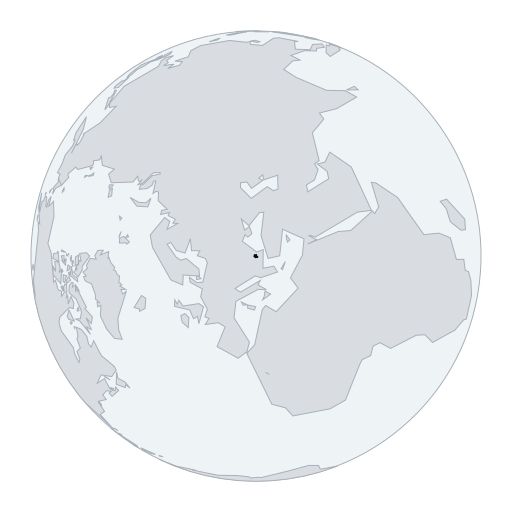 the Earth from above Sliven, rotated 280°
{"feature_id": "BGR-2231", "entity_name": "Sliven", "entity_type": "Province", "adm_level": 1, "iso_a3": "BGR", "parent_name": "Bulgaria", "parent_adm1": "", "projection": "orthographic", "projection_center": [26.271, 42.597], "detail": "fine", "context": "on_globe", "style": "filled", "palette": "ink", "viewbox_px": 512, "rotation_deg": 280, "n_neighbors": 0, "source": "natural_earth", "source_scale": "10m", "svg_char_len": 11250}
<svg xmlns="http://www.w3.org/2000/svg" viewBox="0 0 512 512"><g transform="rotate(280 256 256)"><circle cx="256" cy="256" r="225" fill="#eef3f6" stroke="#a8b0b8"/><path d="M176.2,45.3L183.1,43.5L176.7,45.7L180.1,45.0L188.4,42.5L193.0,41.1L216.0,39.3L243.4,37.4L251.9,35.5L250.1,37.4L266.3,33.5L281.1,34.0L264.4,34.5L262.7,35.4L272.8,35.9L273.2,37.0L278.3,38.1L277.9,39.6L268.2,40.4L267.8,41.5L274.9,41.9L279.1,44.0L268.6,43.2L274.7,47.1L259.6,50.2L232.0,48.9L223.5,53.8L194.9,61.3L197.4,62.7L188.2,67.1L187.7,70.5L182.6,71.5L186.7,73.5L191.5,72.0L194.9,72.5L195.0,74.5L188.5,75.9L187.4,75.1L185.6,76.6L182.2,76.5L184.0,77.7L176.0,79.4L184.1,80.8L177.8,84.9L172.5,85.2L172.9,81.1L161.6,73.4L156.4,73.5L148.5,77.2L133.9,92.2L128.2,94.3L120.5,100.1L123.6,100.5L130.8,96.3L134.9,99.0L143.2,94.0L146.0,94.6L154.6,91.6L153.4,96.6L147.6,103.3L140.4,106.3L137.6,109.5L144.5,110.8L131.2,120.8L122.6,135.7L119.1,138.2L112.2,134.8L112.0,124.0L103.1,121.7L108.9,128.1L100.2,134.9L98.8,138.3L99.3,141.0L102.6,140.5L99.7,144.1L92.8,138.6L95.4,135.2L97.5,136.8L97.4,132.1L92.7,129.3L88.6,133.4L85.8,126.5L82.9,129.5L80.7,130.0L85.5,125.5L76.7,133.8L72.8,130.1L60.7,145.8L72.5,128.1L76.7,121.4L80.7,115.2L78.7,117.5L86.8,107.3L87.3,106.7L99.9,93.6L113.5,81.5L128.0,70.6L143.4,60.9L159.5,52.4L176.2,45.3ZM38.9,195.9L38.2,199.5L35.7,209.0L37.1,204.9L35.2,214.0L34.8,230.0L34.2,230.9L33.4,256.1L36.6,276.5L37.3,287.2L36.5,289.7L38.5,296.4L38.6,299.4L50.1,325.6L58.9,344.2L60.6,354.0L57.2,356.4L63.3,372.7L62.8,371.9L54.8,357.4L47.9,342.3L42.1,326.7L37.5,310.8L34.0,294.6L31.8,278.1L30.8,261.5L31.0,245.0L32.4,228.4L35.1,212.0L38.9,195.9ZM57.7,150.2L48.2,172.6L50.4,164.9L50.6,165.1L53.7,158.3L58.3,148.5L61.2,142.9L57.7,150.2ZM60.6,148.6L62.0,145.5L61.1,147.9L60.6,148.6ZM195.0,40.4L188.5,42.4L180.9,44.5L186.2,42.6L195.0,40.4ZM209.5,37.8L206.6,38.8L203.0,38.7L205.8,38.1L209.5,37.8ZM258.0,34.2L252.7,34.3L257.7,33.9L258.0,34.2ZM279.1,38.0L280.5,37.7L282.6,38.5L279.1,38.0ZM154.7,89.1L154.6,90.3L153.1,90.2L154.7,89.1ZM158.5,86.7L156.7,85.8L158.3,84.5L159.3,85.2L158.5,86.7ZM283.9,41.6L286.8,43.2L282.1,41.7L283.9,41.6ZM160.3,88.3L161.2,82.5L163.9,80.5L170.3,81.2L160.3,88.3ZM287.3,44.1L294.5,48.4L298.2,47.9L291.8,52.1L287.8,46.8L281.5,44.9L286.2,45.2L287.3,44.1ZM192.9,70.7L187.8,72.3L191.9,69.2L192.9,70.7ZM194.7,68.6L202.6,59.2L210.2,58.1L206.0,61.3L215.8,58.8L215.7,62.9L210.3,65.2L205.4,65.0L209.1,66.8L194.7,68.6ZM287.1,54.1L287.4,55.4L285.2,54.2L287.1,54.1ZM196.5,72.5L197.4,70.5L204.1,69.4L203.6,73.2L201.6,72.3L196.5,72.5ZM218.4,56.4L223.3,56.4L224.5,59.7L226.6,60.2L216.4,62.9L218.4,56.4ZM200.1,73.6L203.1,75.2L200.1,77.6L196.1,74.3L200.1,73.6ZM206.1,67.6L209.3,67.3L207.3,68.6L206.1,67.6ZM191.1,87.8L192.0,85.1L195.5,84.2L191.1,87.8ZM204.4,75.6L205.4,74.8L206.9,74.2L208.2,75.8L204.4,75.6ZM218.0,65.2L217.4,66.6L222.2,64.2L223.3,66.8L216.3,68.3L219.8,68.7L220.2,69.6L214.0,69.9L218.0,65.2ZM214.0,75.8L205.5,79.1L203.0,84.0L199.7,84.9L204.3,76.8L214.0,75.8ZM214.5,72.3L213.5,74.6L210.0,74.3L208.6,72.5L214.5,72.3ZM226.6,68.1L226.7,63.7L228.3,63.6L226.6,68.1ZM214.0,77.3L216.1,76.5L214.2,77.7L214.0,77.3ZM223.5,70.9L223.3,69.3L225.1,69.2L223.5,70.9ZM220.3,76.4L217.6,77.4L216.5,76.1L220.3,76.4ZM222.4,74.0L224.8,74.2L217.8,75.1L222.0,73.2L222.4,74.0ZM225.2,71.1L226.2,70.5L225.0,71.8L225.2,71.1ZM226.0,81.0L217.4,82.4L215.0,79.5L223.7,78.4L226.0,81.0ZM118.4,355.5L104.9,320.1L111.6,311.4L112.8,297.3L158.6,263.8L168.3,270.1L204.4,271.5L208.9,274.1L204.6,285.6L231.7,303.1L240.4,293.7L264.9,301.6L281.2,300.3L287.0,277.5L260.3,279.3L255.7,268.3L277.1,257.4L300.4,256.1L299.4,251.9L284.6,243.8L290.0,235.1L279.5,240.3L283.8,244.5L277.3,248.1L273.1,244.6L275.1,241.5L268.1,240.0L260.1,256.0L263.5,262.0L245.1,265.0L249.1,275.3L244.0,280.0L235.4,264.4L236.3,258.7L220.3,240.9L217.7,247.0L232.7,264.5L228.0,262.9L224.6,272.2L223.5,263.9L207.9,244.1L191.3,245.1L170.0,264.5L160.3,263.7L152.2,256.2L160.0,233.4L180.8,237.9L183.8,230.6L179.7,217.9L186.4,220.6L187.2,216.2L195.1,217.4L206.3,208.6L214.3,208.8L218.8,195.6L223.5,194.2L219.5,202.2L221.0,208.2L240.9,209.2L244.8,206.6L246.1,198.1L251.4,199.8L250.1,191.6L261.6,188.4L246.5,185.6L247.6,176.5L254.6,169.7L252.2,166.4L240.9,177.6L238.8,182.7L241.4,187.7L233.3,202.0L226.5,203.9L224.6,187.6L214.7,188.9L217.6,176.4L246.4,152.6L258.4,148.2L278.0,159.4L275.2,165.1L266.8,163.8L274.5,173.2L273.9,168.5L278.3,170.1L280.5,162.5L283.8,163.3L280.3,154.9L284.5,155.1L286.6,160.4L293.5,150.1L302.2,148.9L302.2,146.2L299.7,143.7L312.5,144.3L311.9,142.3L307.5,141.3L303.5,136.9L301.4,129.5L305.9,130.1L307.3,132.8L317.0,139.8L320.0,147.4L321.6,147.0L320.1,140.5L308.3,132.0L305.7,127.4L311.8,130.7L309.4,129.1L309.6,127.1L314.0,125.7L307.5,122.0L303.0,100.7L311.0,96.6L317.0,101.4L318.6,88.9L327.6,86.4L323.5,85.3L321.5,79.4L318.7,80.0L316.6,79.1L310.2,65.4L312.3,63.1L304.9,57.1L302.8,56.7L300.9,58.0L291.8,52.1L298.2,47.9L302.6,48.9L303.6,46.0L313.6,49.1L322.3,50.6L332.7,56.3L338.7,57.5L338.4,56.3L346.3,57.4L363.7,64.8L351.1,64.0L325.2,56.4L335.9,59.7L333.9,60.7L338.0,63.0L345.5,65.5L346.1,64.7L360.2,79.5L379.1,92.2L376.8,85.8L380.9,85.3L400.3,96.7L425.9,127.0L431.7,128.8L435.8,133.0L439.0,140.0L433.1,134.0L431.3,136.0L427.5,131.9L430.7,142.0L425.4,136.5L430.5,147.5L434.7,149.6L433.8,142.3L440.5,154.8L446.8,156.1L453.6,164.9L463.7,192.7L464.8,209.1L466.1,212.9L463.4,213.7L464.5,225.8L473.5,235.4L474.9,240.8L474.6,260.3L473.7,256.6L466.5,258.9L468.6,273.5L474.2,275.0L476.3,284.1L473.5,287.1L471.0,279.6L468.4,280.0L466.6,268.1L459.6,255.5L456.6,265.3L454.5,258.3L444.5,250.9L438.8,264.7L431.4,296.7L434.3,315.2L430.0,327.5L415.1,309.8L407.8,293.6L402.7,299.0L387.1,290.1L360.9,301.6L356.9,297.6L352.0,302.1L341.0,300.4L334.8,293.3L328.2,295.9L344.7,314.2L351.7,311.4L357.2,300.4L360.5,307.6L371.1,310.6L360.3,334.3L321.0,361.8L316.8,348.2L284.9,311.1L285.7,306.1L285.5,305.5L285.1,304.6L282.6,312.9L276.9,304.9L294.4,332.8L297.5,344.8L320.5,362.8L318.4,365.5L325.7,368.3L348.6,356.8L348.8,361.4L338.2,385.3L306.2,417.6L310.3,432.2L307.7,444.2L287.4,454.0L288.8,461.2L278.3,464.5L277.4,468.1L268.7,472.0L254.4,475.1L230.4,474.1L229.2,471.6L217.5,464.7L201.5,444.9L207.8,436.1L205.8,427.6L188.4,404.6L192.2,393.1L187.5,386.9L177.8,386.2L172.3,378.5L166.4,376.8L129.6,369.1L118.4,355.5ZM143.0,285.5L141.7,289.7L143.0,285.5ZM325.6,266.1L339.3,263.3L332.4,250.5L337.1,248.5L333.0,245.1L331.8,249.6L321.8,239.9L327.4,234.0L325.4,228.1L320.7,228.8L311.9,241.3L326.3,255.0L323.4,261.7L325.6,266.1ZM34.8,230.4L34.5,234.2L34.3,231.6L34.8,230.4ZM49.1,167.3L47.9,170.7L46.7,173.7L47.3,171.7L49.1,167.3ZM42.8,194.8L42.1,199.4L42.1,196.2L42.8,194.8ZM47.1,175.9L43.2,191.5L43.2,186.5L45.9,176.9L45.0,181.3L47.1,175.9ZM57.8,151.9L56.7,154.5L55.9,155.4L57.8,151.9ZM59.9,150.5L60.1,149.8L61.4,147.6L59.9,150.5ZM100.6,135.2L101.1,135.7L100.8,139.0L99.4,138.4L100.6,135.2ZM109.0,149.2L104.0,154.8L106.6,150.1L103.7,150.0L105.4,140.6L117.5,138.9L111.7,141.2L109.0,149.2ZM111.1,128.3L108.6,134.0L110.8,127.8L111.1,128.3ZM184.3,192.3L186.9,195.9L183.8,200.6L173.7,201.7L178.0,194.8L184.3,192.3ZM191.3,200.1L192.3,184.5L198.7,183.6L194.9,186.7L199.0,187.7L194.1,192.9L199.2,208.0L196.9,213.1L179.4,211.5L186.4,208.9L183.4,205.4L191.3,200.1ZM183.6,150.5L184.1,144.9L197.2,150.1L195.2,154.8L185.0,155.8L181.3,150.9L183.6,150.5ZM171.3,91.2L170.7,89.6L172.5,89.1L174.5,90.0L171.3,91.2ZM191.2,86.6L176.1,97.9L174.6,96.6L167.5,105.5L160.8,105.5L165.6,99.6L155.1,106.6L156.7,101.3L150.1,106.6L161.5,93.5L162.5,89.5L163.9,93.9L170.1,93.9L173.0,92.7L182.3,86.4L187.5,78.2L194.5,77.3L198.0,78.9L197.8,80.7L193.3,80.6L196.3,83.2L189.7,84.5L191.2,86.6ZM235.1,104.6L230.0,102.6L234.8,110.1L228.2,110.6L229.2,111.4L224.4,114.0L220.3,118.8L217.3,118.3L217.0,120.4L213.8,122.4L212.4,125.2L206.5,125.4L204.3,129.0L202.8,127.1L200.5,133.3L199.6,128.8L195.4,131.2L198.5,134.3L170.5,130.8L159.4,133.6L150.7,138.7L150.3,131.0L158.1,121.6L169.9,113.2L180.6,111.9L178.5,108.9L183.0,107.5L182.8,110.4L185.8,105.2L189.4,104.9L199.9,98.9L201.9,92.0L205.8,89.8L206.8,92.4L210.0,88.5L214.6,92.0L217.4,90.7L224.8,93.0L225.1,99.2L228.4,97.2L234.1,99.3L235.1,104.6ZM227.9,81.8L229.8,88.5L227.1,92.2L215.4,86.6L212.1,87.3L204.5,84.4L208.5,79.3L210.3,80.5L213.0,80.6L210.7,82.1L214.6,81.0L217.2,82.8L220.9,82.4L220.5,84.6L227.9,81.8ZM214.0,270.1L217.5,271.1L223.0,271.0L221.0,277.1L214.0,270.1ZM203.1,256.8L206.3,256.4L206.1,264.5L202.5,263.8L203.1,256.8ZM208.2,249.6L206.5,255.8L205.2,252.0L208.2,249.6ZM222.4,201.6L225.8,200.9L226.1,202.9L224.2,205.7L222.4,201.6ZM247.8,128.9L245.3,126.7L246.4,125.7L245.0,119.2L249.7,118.7L252.4,122.3L247.8,128.9ZM282.4,281.9L277.7,286.6L275.2,284.7L277.4,283.4L282.4,281.9ZM247.8,282.9L255.7,285.8L247.2,284.5L247.8,282.9ZM252.8,127.2L251.6,124.5L254.7,125.9L252.8,127.2ZM253.1,118.0L256.8,119.0L250.1,117.9L253.1,118.0ZM345.1,433.7L328.6,455.2L318.3,457.7L317.0,453.4L323.5,441.4L335.7,435.1L341.8,427.9L345.1,433.7ZM477.4,297.7L477.0,299.4L475.6,304.4L476.5,299.9L478.7,290.2L477.4,297.7ZM476.4,300.4L473.5,303.2L465.4,294.5L468.4,289.7L476.0,288.5L475.6,291.9L477.4,291.7L476.4,300.4ZM480.5,275.2L480.3,277.2L479.7,280.5L479.4,274.2L479.6,267.7L480.3,264.2L479.6,233.7L480.0,232.7L480.9,243.9L481.0,245.0L480.5,275.2ZM435.3,316.3L440.2,323.4L437.4,327.7L435.3,316.3ZM477.1,216.7L478.9,229.5L476.5,214.9L477.1,216.7ZM474.3,204.8L475.4,208.0L474.5,206.9L474.3,204.8ZM468.3,217.8L467.7,222.5L466.6,220.1L466.6,212.8L468.3,217.8ZM458.8,172.6L462.9,179.7L464.3,182.9L462.0,180.4L458.8,172.6ZM291.8,121.9L288.5,131.2L289.2,138.3L294.6,142.5L285.6,140.9L284.4,130.0L291.8,121.9ZM301.1,103.1L296.4,99.9L299.3,99.0L300.8,99.6L301.1,103.1ZM297.7,102.8L290.2,103.4L288.1,100.2L294.4,100.3L297.7,102.8ZM271.5,114.6L270.2,117.3L267.7,116.0L271.5,114.6ZM477.4,214.5L478.4,220.3L475.3,204.6L477.4,214.5ZM475.7,206.3L476.8,212.0L474.9,203.4L475.7,206.3ZM476.4,211.0L475.4,207.2L475.1,204.9L476.4,211.0ZM475.3,204.6L473.2,196.8L474.1,199.5L475.3,204.6ZM472.6,199.3L473.9,199.8L474.1,205.0L469.0,192.2L468.5,188.4L472.6,199.3ZM437.5,129.4L434.8,126.9L432.9,123.1L435.3,125.9L437.5,129.4ZM424.3,109.9L431.5,121.4L436.9,131.4L437.6,130.7L443.0,138.0L439.4,136.0L432.1,124.9L428.9,118.4L423.9,113.1L418.7,106.3L412.8,101.8L409.1,97.8L413.5,100.1L424.3,109.9ZM410.3,100.1L398.2,91.3L396.7,87.1L399.1,88.1L405.3,93.8L405.7,95.6L410.3,100.1ZM394.8,88.1L395.0,89.9L377.6,83.9L373.6,81.7L386.1,83.3L387.0,85.3L391.5,87.7L394.8,88.1ZM289.7,55.3L287.6,55.4L288.7,54.5L289.7,55.3ZM315.1,79.6L312.4,78.3L313.8,77.0L315.1,79.6ZM305.7,73.9L306.0,76.3L303.8,73.5L305.7,73.9ZM307.0,81.7L305.2,77.1L309.6,81.9L307.0,81.7Z" fill="#d9dde1" stroke="#a8b0b8" stroke-width="1"/><path d="M255.3,257.7L255.1,257.6L255.2,257.3L255.1,257.1L255.0,256.9L254.9,256.8L254.9,256.7L254.9,256.4L254.7,256.2L254.9,256.1L254.8,255.8L254.7,255.5L254.7,255.3L254.8,255.3L254.9,255.2L255.1,255.3L255.2,255.2L255.3,255.1L255.4,254.9L255.5,254.9L255.7,254.6L255.8,254.6L256.0,254.5L256.0,254.4L256.3,254.3L256.2,254.3L256.3,254.4L256.5,254.4L256.8,254.4L256.9,254.5L256.9,254.8L256.9,255.0L256.9,255.3L256.7,255.4L256.7,255.5L256.8,255.6L257.0,255.7L257.1,255.9L256.9,255.9L256.9,256.0L256.6,256.1L256.4,256.1L256.3,256.3L256.2,256.5L255.9,256.5L255.7,256.8L255.8,256.9L255.7,257.3L255.7,257.5L255.4,257.7L255.3,257.7Z" fill="#0f172a" stroke="#020617" stroke-width="1.5"/></g></svg>